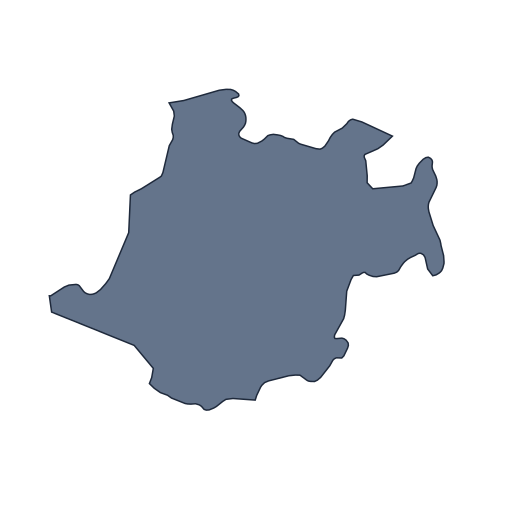 an SVG outline of Yaracuy, rotated 201°
{"feature_id": "VEN-36", "entity_name": "Yaracuy", "entity_type": "State", "adm_level": 1, "iso_a3": "VEN", "parent_name": "Venezuela", "parent_adm1": "", "projection": "orthographic", "projection_center": [-68.813, 10.294], "detail": "fine", "context": "isolated", "style": "filled", "palette": "slate", "viewbox_px": 512, "rotation_deg": 201, "n_neighbors": 0, "source": "natural_earth", "source_scale": "10m", "svg_char_len": 2985}
<svg xmlns="http://www.w3.org/2000/svg" viewBox="0 0 512 512"><g transform="rotate(201 256 256)"><path d="M426.7,130.4L434.7,144.8L433.4,145.2L423.9,158.3L420.2,161.8L413.8,165.0L412.0,165.3L410.3,164.9L404.2,161.1L402.3,160.4L400.1,160.2L397.9,160.4L396.1,161.1L394.5,162.0L393.2,163.1L391.9,164.4L389.2,168.9L386.4,176.3L384.8,182.3L383.2,232.2L395.1,268.0L392.1,272.3L387.1,277.7L374.0,295.1L373.0,296.7L372.8,300.5L376.5,327.9L375.5,334.7L375.7,336.9L376.5,339.0L378.5,341.4L380.1,344.1L381.3,349.1L382.4,357.4L384.7,361.7L392.0,367.8L379.1,375.3L349.7,397.6L343.6,400.9L339.4,402.4L336.8,402.6L334.1,402.3L330.3,401.0L329.4,399.5L329.9,398.1L331.2,396.9L332.7,395.9L334.0,394.9L335.0,393.8L334.7,392.6L333.5,391.6L331.8,390.9L323.8,388.5L320.2,387.0L318.6,386.0L317.3,384.8L316.2,383.5L315.2,381.9L314.4,380.1L313.8,378.3L313.4,376.2L313.5,374.0L313.9,371.9L315.9,366.6L316.0,365.0L316.0,364.2L315.7,363.5L315.1,362.4L313.8,361.4L312.1,360.7L300.3,360.1L297.8,360.4L295.1,361.7L291.7,365.5L290.1,368.2L288.1,372.6L286.3,374.1L283.4,375.8L279.2,376.8L276.3,377.3L273.7,377.3L271.9,376.9L269.4,377.0L262.6,378.4L256.6,376.5L254.5,376.4L238.5,377.7L234.5,378.7L232.7,380.4L231.1,383.2L229.6,389.5L229.2,393.2L228.3,396.8L227.0,399.8L221.3,406.3L218.6,412.1L218.0,414.6L217.3,415.9L216.2,417.3L214.7,418.4L205.2,419.1L171.6,416.8L177.1,405.1L180.7,399.8L190.8,389.8L190.9,388.2L190.2,386.8L187.7,384.3L180.9,370.7L178.5,364.2L171.1,360.6L144.0,374.0L137.4,379.7L137.0,381.8L136.8,385.5L137.9,395.0L137.7,397.8L136.8,401.1L134.6,406.2L132.7,408.7L130.6,410.0L128.0,409.7L126.3,408.8L125.3,407.7L124.8,406.6L123.9,403.1L123.1,401.5L122.0,399.9L116.8,395.0L114.6,392.2L113.7,390.6L113.0,388.8L112.5,386.8L112.4,384.5L113.8,368.3L113.6,366.3L113.0,364.1L112.2,362.2L110.4,359.2L101.5,347.9L89.9,336.7L87.9,333.7L87.0,332.1L81.0,323.6L78.4,318.0L77.8,316.3L77.3,311.7L77.4,310.0L77.5,308.8L78.1,307.2L78.9,305.7L81.1,302.9L83.9,300.9L91.1,305.4L97.6,315.2L100.0,317.1L103.0,317.6L104.7,317.0L105.8,316.1L107.5,313.8L111.2,310.0L113.4,307.2L115.2,303.9L115.9,302.0L117.0,298.0L117.7,293.5L118.8,291.4L120.8,289.5L135.9,279.9L139.4,278.8L143.6,278.6L146.2,278.9L148.3,279.8L149.9,279.1L150.8,278.1L153.0,275.1L158.1,272.7L158.8,268.1L158.7,255.7L153.2,237.5L152.1,232.6L151.7,228.9L154.3,210.6L153.8,208.3L152.8,207.3L151.3,207.7L146.4,210.1L144.2,210.3L141.7,209.7L138.8,207.8L137.7,205.6L137.5,202.8L138.2,194.2L139.4,191.5L144.4,189.8L146.0,188.2L146.9,186.2L147.8,180.0L152.1,166.0L154.2,162.1L156.4,159.8L160.0,158.5L161.8,158.1L163.3,158.1L164.6,158.4L172.2,160.5L176.5,159.0L182.4,156.0L199.5,143.9L202.6,140.9L204.2,137.4L204.7,135.3L205.4,126.1L205.1,121.2L226.5,114.7L232.7,111.4L234.9,108.4L239.0,101.4L240.9,99.0L244.6,95.5L247.2,94.3L249.5,94.2L253.0,96.1L255.5,96.7L259.5,96.4L263.7,94.4L266.7,93.4L269.3,92.9L284.0,93.1L288.7,94.3L296.3,94.2L303.5,96.0L309.8,98.7L309.8,105.1L311.6,114.3L337.7,128.9L426.7,130.4Z" fill="#64748b" stroke="#1e293b" stroke-width="1.5"/></g></svg>